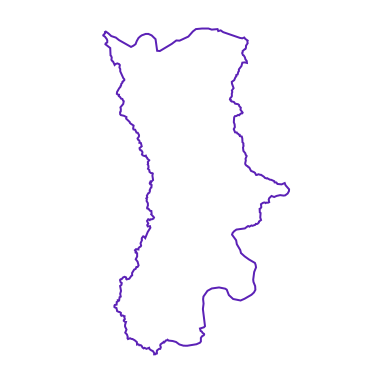 Chong-Alay, Osh, Kyrgyzstan (Robinson projection), rotated 273°
{"feature_id": "92254566B65536554507768", "entity_name": "Chong-Alay", "entity_type": "district", "adm_level": 2, "iso_a3": "KGZ", "parent_name": "Kyrgyzstan", "parent_adm1": "Osh", "projection": "robinson", "projection_center": [72.267, 39.516], "detail": "fine", "context": "isolated", "style": "outline", "palette": "violet", "viewbox_px": 384, "rotation_deg": 273, "n_neighbors": 0, "source": "geoboundaries", "source_scale": "gbopen_adm2", "svg_char_len": 6025}
<svg xmlns="http://www.w3.org/2000/svg" viewBox="0 0 384 384"><g transform="rotate(273 192 192)"><path d="M36.8,145.1L37.1,145.9L37.0,146.7L36.2,147.3L36.4,148.8L35.4,150.0L34.2,150.6L33.3,151.9L33.9,152.8L33.0,154.7L34.2,157.3L33.1,157.7L32.5,158.4L31.5,160.0L31.3,161.0L30.3,161.9L29.1,162.7L27.9,162.7L28.0,163.8L28.3,164.3L28.9,164.5L29.0,165.4L31.5,165.2L32.1,165.5L33.6,167.3L33.7,168.5L35.4,169.0L37.1,168.3L38.1,168.5L39.4,169.9L39.9,171.0L40.8,171.4L40.4,172.2L42.4,173.7L42.5,174.6L43.2,175.3L42.4,176.4L42.2,180.4L41.4,183.9L39.1,187.4L38.1,191.5L38.2,195.2L40.2,204.4L41.9,207.8L43.2,208.7L46.7,208.5L48.4,209.5L49.6,211.3L50.5,211.6L51.0,211.4L51.9,209.9L53.1,209.1L53.7,207.9L56.1,207.1L57.5,211.0L58.7,212.0L75.7,209.0L81.1,209.4L85.5,208.7L88.2,208.9L94.1,212.6L96.7,216.8L98.1,224.0L97.2,230.2L96.3,231.8L91.0,234.2L87.3,238.7L86.2,246.2L88.1,250.0L92.5,256.8L94.9,259.1L97.6,260.4L101.3,260.0L105.4,258.1L107.7,257.7L115.4,258.3L120.1,259.9L122.7,259.3L124.5,258.5L127.5,252.6L130.5,247.9L133.6,244.1L136.6,243.2L142.2,239.5L146.1,238.6L151.5,234.2L153.2,234.7L155.0,236.1L156.8,238.3L158.4,246.7L160.8,249.5L160.9,250.1L160.4,251.1L161.7,253.1L161.4,254.1L162.5,256.8L163.5,257.4L163.4,258.3L163.7,259.1L165.1,260.4L166.0,260.4L167.6,262.4L170.1,261.5L174.6,261.6L175.2,260.8L178.7,260.4L179.1,261.2L180.5,262.0L183.4,261.5L184.8,263.3L185.3,264.6L185.3,265.3L184.8,266.1L185.2,266.7L185.3,268.5L185.9,269.6L188.4,269.0L189.8,269.4L192.2,271.6L191.3,274.3L192.5,276.7L193.5,280.2L193.2,283.6L193.5,285.2L195.5,287.6L198.0,288.8L199.8,288.8L203.6,285.1L205.8,284.1L204.3,281.1L204.5,276.9L205.9,275.8L205.9,274.0L207.1,273.6L208.3,270.5L208.4,269.1L209.7,266.4L209.4,266.0L209.9,264.1L211.0,263.0L212.8,260.0L212.7,259.4L213.2,257.4L212.4,255.8L212.4,255.1L214.4,253.9L215.1,252.8L216.2,249.8L219.5,247.9L219.7,247.0L220.7,246.2L221.1,245.1L222.3,243.9L223.5,243.6L226.3,244.1L227.9,243.7L230.8,244.7L232.1,243.6L233.5,243.2L235.7,241.2L239.0,240.6L240.8,241.1L241.7,240.7L242.6,240.9L243.4,240.7L244.3,239.8L248.2,239.4L250.0,238.8L250.3,236.9L251.4,236.7L251.3,236.3L252.5,235.2L252.8,234.2L253.8,233.6L253.8,231.9L257.0,230.4L259.0,231.4L261.8,231.0L263.9,230.1L268.8,230.2L270.0,230.9L270.2,232.3L271.4,234.0L271.1,235.0L272.9,236.6L273.2,238.1L274.0,238.4L276.7,236.1L278.8,236.3L280.1,234.8L281.5,234.3L282.1,233.3L282.5,230.4L283.9,229.4L284.5,227.6L284.4,226.9L284.8,226.3L285.2,225.9L286.0,226.0L286.3,225.7L286.1,225.3L286.5,225.0L287.9,225.4L289.1,226.5L289.9,226.8L292.3,226.6L294.0,227.0L295.5,226.5L297.9,228.1L302.4,226.2L304.1,226.0L305.9,228.3L308.7,229.3L309.9,230.2L311.0,230.0L311.8,231.4L314.3,231.9L315.2,232.5L316.9,232.4L320.4,234.8L323.8,235.5L324.2,237.9L323.8,240.1L325.7,239.8L327.3,238.4L329.2,237.8L331.1,236.5L331.4,235.7L333.4,234.8L334.4,235.3L335.4,235.2L337.4,237.2L337.5,237.8L338.7,238.3L341.0,238.3L343.5,239.8L345.0,239.4L346.1,239.7L347.7,237.2L349.0,236.1L348.1,234.2L348.4,231.8L353.3,214.7L354.9,212.2L354.1,209.8L356.0,209.0L355.2,203.2L356.1,199.9L355.8,193.7L354.9,187.4L352.4,184.5L347.0,180.2L342.5,171.7L342.5,168.4L338.9,164.1L331.1,152.5L331.2,149.8L342.7,147.6L346.3,143.5L347.6,140.1L347.4,137.4L345.8,133.6L344.7,132.2L343.0,130.5L339.8,128.9L336.7,127.9L335.0,125.8L333.7,123.5L339.9,111.1L342.2,107.9L343.5,103.2L346.0,100.2L347.7,97.5L347.2,96.7L345.9,96.8L344.0,95.2L343.6,95.2L342.5,97.0L340.2,98.9L338.8,99.5L336.9,99.5L335.9,98.0L335.0,97.8L331.5,102.8L324.1,103.5L323.5,104.2L322.0,104.8L319.8,104.6L318.3,105.8L318.1,106.4L314.8,108.1L315.9,109.1L316.5,110.8L315.9,112.5L315.0,113.3L312.6,113.0L311.0,113.9L308.8,114.0L302.2,117.4L301.0,118.5L300.0,118.5L298.5,116.8L297.7,116.9L296.2,115.7L294.5,115.6L293.8,114.9L293.0,114.9L291.9,113.9L287.9,111.9L286.1,111.8L285.4,112.8L285.3,114.0L283.9,113.9L283.0,115.3L281.6,116.2L281.3,117.6L279.6,118.4L279.1,119.1L276.3,118.7L272.8,116.1L271.1,116.6L268.6,116.6L268.0,116.0L265.9,116.2L265.1,116.9L264.6,119.9L263.4,122.6L261.8,122.4L258.7,126.1L257.9,126.3L257.0,127.3L255.3,130.2L252.4,129.9L251.4,130.3L251.2,132.0L248.4,133.5L248.3,134.7L246.3,136.0L245.2,136.2L243.8,135.7L242.7,134.8L241.5,135.3L240.7,136.6L239.4,137.1L238.4,136.9L238.2,138.4L235.0,139.4L233.1,137.3L231.9,137.6L231.0,138.3L230.9,139.3L229.3,140.4L228.6,140.5L227.0,140.0L226.1,140.7L225.4,142.7L225.9,144.0L224.5,144.5L223.9,145.4L223.0,145.6L221.5,147.6L219.6,146.3L218.1,146.7L217.3,146.3L216.3,147.0L214.4,147.3L212.9,146.8L211.7,148.2L209.9,148.5L208.8,150.0L208.7,151.6L208.4,151.9L206.3,151.6L201.9,152.5L200.5,151.1L199.3,150.6L200.1,149.9L198.6,149.3L197.5,149.9L196.9,151.3L194.4,151.2L194.1,150.6L191.5,149.6L190.9,150.0L189.0,149.4L188.5,148.4L185.9,147.1L184.2,147.6L183.3,146.7L182.5,147.3L180.7,147.1L178.5,148.5L176.2,148.7L174.1,148.0L173.3,148.1L173.2,149.0L172.6,149.4L172.7,149.7L171.0,151.2L170.9,152.4L168.3,152.8L167.6,152.4L164.6,155.4L163.4,154.9L162.6,153.3L162.5,151.8L161.7,151.3L162.5,149.7L160.7,148.6L158.2,150.0L156.6,149.0L155.3,149.6L155.7,151.8L154.1,152.3L149.8,149.9L143.5,147.7L145.0,146.3L145.2,145.6L143.5,144.4L142.3,144.2L141.4,144.6L138.1,143.3L135.7,144.0L134.8,143.5L134.2,142.4L133.0,141.5L131.8,141.5L132.0,139.1L130.9,138.1L129.7,139.2L129.1,138.7L128.5,138.9L128.0,140.4L124.7,140.6L121.9,139.3L119.6,141.3L115.9,142.5L114.2,141.5L114.2,140.4L112.2,139.7L111.5,138.3L108.0,136.4L105.6,136.6L105.1,135.8L102.1,133.9L101.3,131.3L101.8,130.8L103.2,130.7L103.8,129.2L103.2,127.8L101.3,126.3L101.1,125.2L100.3,124.7L98.0,125.5L97.4,126.6L95.6,126.4L94.4,125.1L89.5,126.3L86.6,125.6L83.8,126.3L83.2,125.2L79.9,124.9L80.0,123.6L78.9,123.7L78.2,122.6L75.6,122.6L75.1,120.8L74.5,120.5L73.1,120.5L72.5,121.4L72.2,122.6L69.1,123.5L68.4,125.2L68.4,126.0L67.6,127.3L65.7,127.3L64.7,128.0L65.1,129.2L64.4,131.1L63.9,130.8L61.6,131.6L60.4,130.6L59.8,130.6L58.5,132.3L58.6,132.8L55.8,132.1L54.1,132.2L51.2,133.8L48.0,132.7L46.3,134.5L43.9,135.4L42.7,135.2L41.8,135.8L42.7,137.8L42.1,139.2L42.1,140.2L40.9,142.6L39.2,144.8L36.8,145.1Z" fill="none" stroke="#5b21b6" stroke-width="2"/></g></svg>